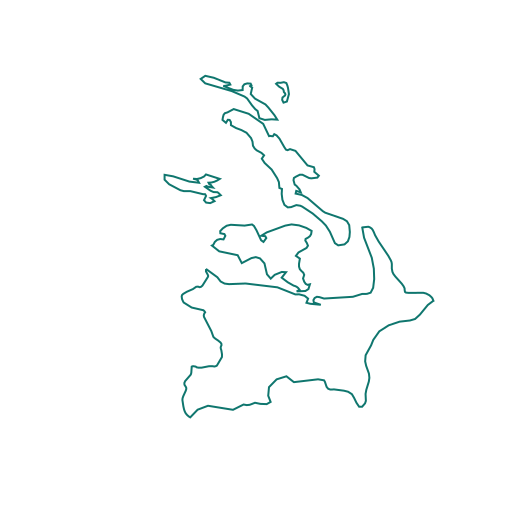 outline of Primorsko-Goranska, rotated 152°
{"feature_id": "HRV-1586", "entity_name": "Primorsko-Goranska", "entity_type": "County", "adm_level": 1, "iso_a3": "HRV", "parent_name": "Croatia", "parent_adm1": "", "projection": "natural_earth1", "projection_center": [14.596, 45.075], "detail": "fine", "context": "isolated", "style": "outline", "palette": "teal", "viewbox_px": 512, "rotation_deg": 152, "n_neighbors": 0, "source": "natural_earth", "source_scale": "10m", "svg_char_len": 5652}
<svg xmlns="http://www.w3.org/2000/svg" viewBox="0 0 512 512"><g transform="rotate(152 256 256)"><path d="M379.7,147.7L389.8,144.4L390.5,145.5L391.4,147.7L391.9,150.0L391.9,151.5L391.8,152.8L391.5,154.5L390.7,157.4L388.6,163.4L387.6,164.9L386.0,166.4L381.3,170.0L380.0,171.3L379.5,172.3L379.4,173.3L379.6,175.9L378.9,177.5L377.3,178.8L369.5,181.8L368.7,182.4L367.8,183.5L364.7,188.5L364.1,188.5L363.2,188.2L361.2,186.7L360.6,185.5L358.9,184.2L356.3,182.9L349.4,180.8L346.4,179.3L344.5,177.9L343.1,177.6L342.0,177.6L333.5,182.8L332.2,185.1L330.9,188.9L330.6,190.6L330.2,191.7L329.8,192.2L329.2,192.8L328.4,193.4L327.8,194.6L327.9,196.2L329.2,199.3L330.3,201.3L331.1,203.0L331.6,204.6L330.7,210.7L330.5,226.7L330.0,228.1L329.2,229.0L328.5,229.6L327.3,230.2L327.5,231.7L327.9,232.8L337.0,240.7L341.7,248.9L341.7,250.6L341.5,252.8L340.6,255.2L339.7,256.2L338.1,256.7L333.9,256.9L327.2,256.4L323.3,256.9L322.3,256.5L321.6,256.2L320.4,254.9L319.1,254.6L317.2,255.0L308.3,260.1L307.6,260.8L307.4,261.9L307.4,265.9L306.2,267.9L306.2,268.0L300.1,255.4L299.2,250.1L296.7,246.4L293.0,243.8L278.1,236.6L251.8,218.3L239.3,203.6L235.9,201.9L231.8,198.1L230.0,193.9L233.4,191.0L230.6,188.4L221.7,182.5L226.1,187.2L226.8,187.7L226.0,190.1L223.9,191.4L221.4,191.4L219.3,189.9L215.9,186.5L189.6,174.5L180.2,172.7L175.9,170.5L172.0,169.8L167.5,172.9L162.5,180.1L157.9,189.5L154.6,200.1L152.0,221.4L148.8,231.3L148.6,231.3L143.1,229.1L142.1,228.0L141.0,226.0L140.7,224.1L140.8,221.4L141.1,218.5L140.9,211.2L139.1,194.1L139.0,188.9L139.2,187.0L139.8,185.2L142.0,181.1L143.0,177.9L143.1,175.5L142.6,172.4L140.3,163.1L139.9,160.0L140.0,157.7L140.7,156.2L141.3,154.4L140.8,153.3L138.6,151.8L125.6,145.0L123.4,143.0L121.3,139.9L120.4,137.4L120.1,135.8L120.4,133.1L121.0,133.1L127.3,132.1L138.8,127.3L145.1,125.7L150.4,126.8L160.0,130.6L171.3,132.5L182.5,131.6L191.8,126.9L196.3,123.1L205.8,116.9L209.1,111.7L210.3,107.3L211.3,100.4L211.5,99.1L213.1,95.2L215.3,92.2L221.4,86.1L224.0,82.8L227.0,76.5L228.9,74.7L230.2,74.2L233.1,73.1L235.7,74.5L236.2,79.2L236.0,84.8L236.2,89.0L238.4,92.9L241.6,95.8L249.9,101.7L251.6,102.4L253.1,103.2L254.6,104.9L255.1,107.3L254.2,112.7L254.3,114.3L259.1,118.0L281.7,126.8L281.8,126.9L285.6,135.5L295.7,137.4L306.1,134.1L310.8,126.9L311.6,120.3L316.1,120.2L321.6,123.4L325.8,126.9L329.4,127.3L331.5,127.6L334.2,128.7L336.7,130.7L348.5,131.0L350.9,132.8L368.7,146.3L379.7,147.7ZM216.7,383.3L215.3,386.0L215.4,388.5L216.9,389.5L220.0,387.7L221.7,391.9L220.0,394.1L218.3,395.9L216.5,396.7L213.8,396.2L206.7,396.2L195.7,385.0L187.6,369.3L188.2,355.7L187.1,355.4L186.5,354.9L185.8,354.4L184.9,353.8L182.7,355.0L181.2,352.8L180.2,348.6L179.9,338.7L179.6,335.8L178.4,334.6L175.8,334.4L171.8,330.3L168.0,311.8L163.2,307.2L163.4,305.8L163.7,304.9L165.0,303.0L162.8,297.4L165.0,296.4L170.7,298.6L172.5,299.9L176.8,305.9L179.1,307.2L183.4,307.3L185.9,307.1L187.3,305.3L188.3,300.9L187.4,299.1L186.3,294.3L186.6,291.2L189.9,294.6L191.7,292.5L186.9,288.4L183.3,283.0L176.0,264.3L174.6,261.8L161.6,247.8L159.4,244.0L159.2,239.5L161.9,233.1L164.6,228.9L168.0,225.8L172.4,224.7L178.4,226.8L180.3,230.3L179.4,242.7L180.0,250.1L181.6,255.7L186.0,266.9L192.0,277.9L193.3,279.6L196.5,282.0L202.1,282.7L205.1,284.0L206.9,287.8L206.3,293.2L204.2,298.7L201.6,303.0L203.4,305.1L201.1,310.5L200.8,314.9L201.6,325.0L204.7,334.1L205.2,339.2L201.6,341.1L202.8,344.5L205.8,349.0L206.7,351.5L206.9,354.8L205.4,358.6L205.0,362.4L206.5,369.2L209.8,374.1L213.6,378.4L216.7,383.3ZM267.7,296.5L263.6,295.4L251.8,288.2L244.7,285.7L243.7,283.5L243.5,278.5L244.1,267.5L242.8,264.9L238.5,267.0L238.5,269.1L241.8,271.4L235.4,271.8L215.9,269.1L209.8,267.2L203.6,262.8L198.4,257.2L195.1,252.0L197.1,249.4L199.1,248.2L201.5,247.8L204.2,247.8L205.2,246.5L205.0,243.6L205.3,240.7L207.6,239.4L216.8,239.2L220.7,237.4L218.5,233.1L221.7,228.9L223.0,226.4L223.5,223.8L222.9,221.3L222.1,219.1L222.3,216.7L225.0,214.1L225.5,210.7L225.2,208.0L224.0,206.3L221.7,205.7L225.2,202.2L228.8,201.9L236.7,205.7L234.1,205.6L233.4,205.7L233.8,208.0L234.6,209.8L235.6,211.1L236.7,212.2L240.3,217.9L243.5,224.8L237.1,227.6L240.7,229.8L248.3,230.6L253.6,229.1L254.9,234.7L252.0,245.5L253.6,252.0L256.7,255.1L261.0,256.3L271.9,256.4L271.8,265.3L286.3,277.4L290.0,285.9L288.5,285.9L285.7,287.8L282.7,288.5L279.6,287.8L276.9,285.9L273.6,288.2L273.6,290.2L276.8,292.8L275.9,294.8L272.3,296.0L267.7,296.5ZM271.9,347.4L271.9,349.8L272.5,351.3L275.3,353.8L272.0,351.7L268.2,350.7L264.5,350.6L261.9,351.5L251.8,341.1L254.9,340.9L257.9,341.1L260.8,341.8L263.5,343.0L263.5,341.1L262.6,340.1L262.4,339.4L262.4,338.5L261.9,336.7L265.9,339.7L266.9,341.1L268.6,341.1L265.5,335.0L263.5,332.4L260.1,330.4L259.6,329.4L258.6,326.2L263.7,326.8L268.6,328.3L267.9,327.0L266.9,323.9L271.6,324.2L275.0,326.6L275.7,329.7L271.9,332.5L271.9,334.4L273.8,335.5L283.4,344.0L289.3,347.2L291.9,349.6L299.0,360.1L300.9,366.3L298.6,370.6L291.7,365.2L279.9,353.0L271.9,347.4ZM200.0,413.0L219.8,432.3L221.7,438.3L216.2,438.9L209.6,433.2L201.5,423.6L198.2,421.5L198.2,419.4L203.3,420.7L205.0,421.5L198.1,413.4L194.4,410.6L189.9,408.8L188.1,412.0L185.6,413.1L182.7,412.5L179.8,410.7L179.9,408.8L181.5,408.8L181.5,408.7L181.2,408.1L180.3,406.5L184.6,401.5L183.0,395.4L176.5,385.4L175.4,381.3L173.6,371.7L173.2,366.4L178.1,369.4L184.3,372.0L188.3,376.1L186.5,383.3L187.7,386.0L188.8,390.9L189.9,399.3L191.3,402.2L200.0,413.0ZM150.9,383.5L156.2,377.9L159.7,378.5L159.6,381.6L158.2,383.5L155.0,384.1L154.6,384.5L154.1,385.0L154.0,386.1L154.4,387.7L153.8,389.4L153.9,391.1L154.5,392.0L156.1,394.7L157.4,398.6L155.7,398.9L152.8,397.3L149.8,396.4L148.0,394.5L148.3,391.7L148.8,389.5L150.9,383.5Z" fill="none" stroke="#0f766e" stroke-width="2"/></g></svg>